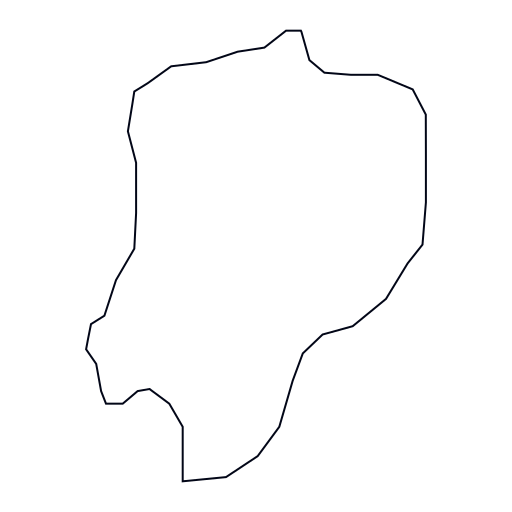 map outline of Oslomej (Natural Earth projection)
{"feature_id": "MKD-2956", "entity_name": "Oslomej", "entity_type": "Statistical Region", "adm_level": 1, "iso_a3": "MKD", "parent_name": "North Macedonia", "parent_adm1": "", "projection": "natural_earth1", "projection_center": [21.026, 41.576], "detail": "fine", "context": "isolated", "style": "outline", "palette": "ink", "viewbox_px": 512, "rotation_deg": 0, "n_neighbors": 0, "source": "natural_earth", "source_scale": "10m", "svg_char_len": 684}
<svg xmlns="http://www.w3.org/2000/svg" viewBox="0 0 512 512"><path d="M301.5,32.0L309.4,60.1L324.4,72.7L350.9,74.8L377.7,74.8L412.7,89.4L425.8,114.6L425.9,154.4L425.9,202.5L422.5,244.6L407.6,263.4L386.0,298.9L352.7,326.2L322.6,334.5L302.8,353.4L292.7,380.7L279.3,426.8L257.7,456.1L226.0,477.1L182.7,481.3L182.7,452.0L182.7,426.8L169.3,403.7L149.5,389.0L137.6,391.1L122.7,403.7L106.0,403.7L101.1,391.1L96.2,363.9L86.1,349.3L88.2,338.1L91.0,324.1L104.4,315.7L116.0,280.1L134.3,248.7L136.1,213.1L136.1,162.8L127.9,131.3L132.3,104.4L134.3,91.5L147.7,83.2L171.2,66.3L206.2,62.2L237.6,51.7L264.4,47.6L286.0,30.7L300.9,30.7L301.5,32.0Z" fill="none" stroke="#020617" stroke-width="2"/></svg>